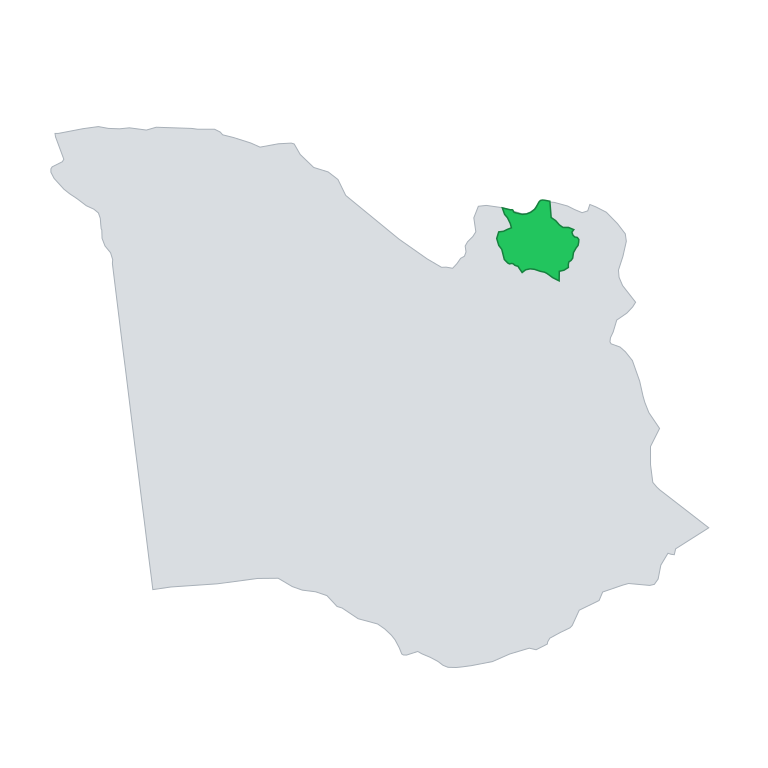 location of Arua within Uganda, rotated 83°
{"feature_id": "UGA-3080", "entity_name": "Arua", "entity_type": "County", "adm_level": 1, "iso_a3": "UGA", "parent_name": "Uganda", "parent_adm1": "", "projection": "albers", "projection_center": [31.087, 2.968], "detail": "fine", "context": "in_parent", "style": "filled", "palette": "green", "viewbox_px": 768, "rotation_deg": 83, "n_neighbors": 0, "source": "natural_earth", "source_scale": "10m", "svg_char_len": 3223}
<svg xmlns="http://www.w3.org/2000/svg" viewBox="0 0 768 768"><g transform="rotate(83 384 384)"><path d="M559.9,638.5L548.2,638.5L529.1,638.6L510.0,638.6L490.9,638.6L471.8,638.7L452.7,638.7L433.6,638.7L414.6,638.8L395.5,638.8L376.4,638.8L357.3,638.8L338.2,638.8L319.1,638.9L300.0,638.9L280.9,638.9L261.8,638.9L242.7,638.9L231.4,638.9L229.2,638.5L227.6,638.1L220.4,639.4L213.0,644.1L205.0,646.1L196.6,645.3L195.5,645.8L191.2,645.7L185.0,645.4L179.4,646.6L175.1,650.7L170.8,657.7L162.9,665.8L156.8,672.9L151.6,678.0L139.7,686.4L133.2,688.8L129.9,688.4L128.0,686.9L124.2,676.2L121.9,674.4L98.7,679.9L95.2,680.0L95.6,676.7L93.9,651.5L93.7,636.1L96.7,626.5L98.5,615.4L98.7,605.5L103.0,588.9L101.4,578.8L106.9,543.7L108.4,538.0L110.5,521.1L114.0,515.8L117.0,513.8L121.0,503.4L128.6,486.8L133.8,478.2L132.7,459.5L133.6,446.7L134.8,443.9L146.0,439.2L160.5,427.4L166.7,413.6L175.4,404.8L192.2,399.0L242.0,351.5L265.1,325.9L275.2,312.7L275.6,308.0L277.5,301.8L273.5,297.0L268.6,292.6L267.0,288.6L262.9,286.5L256.9,286.6L253.0,283.7L248.5,277.9L244.1,274.3L230.0,274.6L219.1,268.7L219.2,260.7L223.5,244.8L231.7,226.7L232.2,221.7L231.0,217.5L229.0,213.8L225.3,210.2L221.8,205.9L224.5,192.8L229.7,180.1L234.0,173.7L238.1,166.5L237.0,160.7L230.9,157.8L234.1,152.0L240.6,142.4L253.3,132.7L264.4,126.2L271.9,126.1L286.4,131.3L299.5,137.4L306.7,137.7L315.4,135.2L333.5,124.3L337.8,127.8L343.2,134.3L348.9,145.2L360.3,150.2L365.7,153.6L369.7,154.6L371.8,153.7L376.1,145.2L381.4,140.5L391.0,134.6L412.3,129.9L427.5,128.4L433.9,127.4L444.7,124.6L461.7,115.9L478.5,127.1L496.7,129.3L514.4,129.2L519.7,125.7L522.8,123.1L541.3,104.4L566.3,79.2L583.1,114.6L588.8,116.7L588.0,119.8L586.6,122.8L597.5,131.3L611.0,135.7L615.8,140.1L616.3,144.8L611.8,165.6L612.7,171.5L617.1,192.3L625.1,196.9L632.3,217.8L646.6,226.6L648.7,229.2L652.1,239.3L656.5,250.4L659.9,253.0L662.0,253.6L666.3,265.4L663.9,272.0L667.3,292.1L672.7,310.1L674.2,331.6L674.3,341.0L674.2,346.8L673.0,355.0L670.4,359.7L665.9,364.3L660.8,371.6L656.4,379.3L653.6,383.1L655.8,394.7L655.3,397.8L654.1,399.3L647.6,401.0L639.3,404.2L634.2,407.3L627.1,413.2L621.4,419.6L613.8,438.3L601.2,452.9L599.1,457.7L587.1,466.4L581.9,477.2L578.6,490.3L573.9,499.7L563.9,512.7L561.6,533.1L562.0,573.9L559.5,620.3L559.9,638.5Z" fill="#d9dde1" stroke="#a8b0b8" stroke-width="1"/><path d="M223.6,245.1L226.5,237.3L226.6,236.8L226.6,235.7L226.9,235.1L227.4,234.8L228.7,234.5L229.1,234.3L229.8,233.3L232.5,226.1L232.6,221.8L231.5,217.5L229.0,213.2L227.1,211.5L222.2,208.0L220.9,206.4L220.7,204.4L221.2,202.1L222.8,197.1L227.6,197.3L239.1,197.8L242.9,193.6L247.4,190.6L250.4,187.3L251.1,181.8L253.9,176.8L256.2,179.0L259.2,178.4L261.3,176.8L262.1,174.3L264.3,173.0L267.0,173.5L270.1,174.5L272.3,176.7L276.6,179.9L282.1,181.4L284.1,183.2L285.4,185.7L287.9,186.5L290.8,186.8L293.0,191.5L293.5,196.3L303.0,197.6L299.0,203.6L294.2,208.7L292.6,211.0L291.2,215.1L288.5,220.7L287.5,225.0L287.9,229.5L290.2,233.3L285.4,235.8L283.4,236.7L282.9,238.2L282.0,239.8L280.5,241.0L279.9,242.6L280.1,244.8L279.0,246.4L275.1,249.4L264.7,250.7L260.4,253.2L253.3,254.4L247.0,251.6L247.0,246.8L245.6,242.8L244.5,238.5L240.1,239.1L234.0,241.2L230.4,243.6L223.6,245.1Z" fill="#22c55e" stroke="#15803d" stroke-width="1.5"/></g></svg>